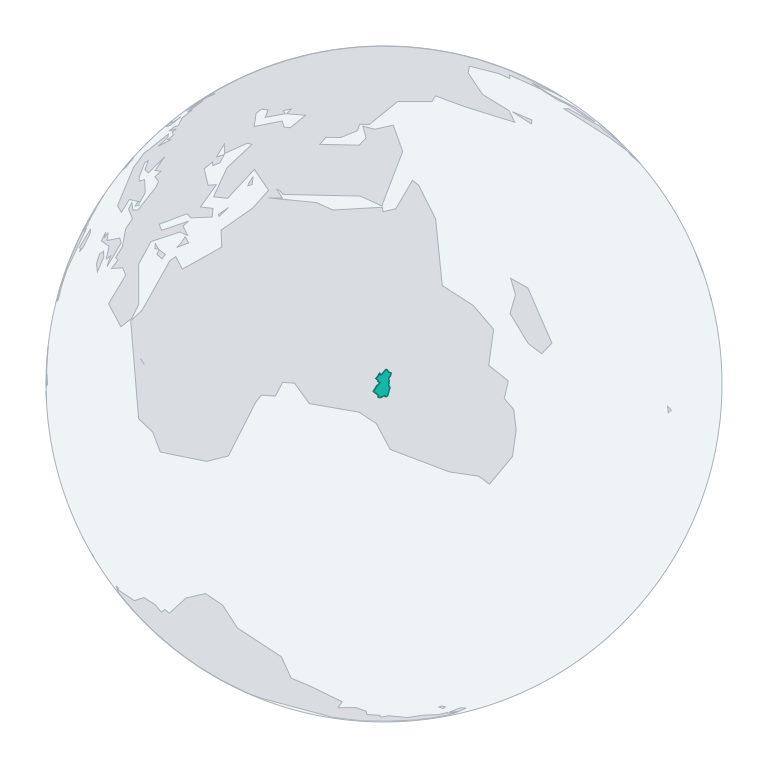 globe centered on Lunda Norte, rotated 311°
{"feature_id": "AGO-1874", "entity_name": "Lunda Norte", "entity_type": "Province", "adm_level": 1, "iso_a3": "AGO", "parent_name": "Angola", "parent_adm1": "", "projection": "orthographic", "projection_center": [19.689, -8.666], "detail": "fine", "context": "on_globe", "style": "filled", "palette": "teal", "viewbox_px": 768, "rotation_deg": 311, "n_neighbors": 0, "source": "natural_earth", "source_scale": "10m", "svg_char_len": 8523}
<svg xmlns="http://www.w3.org/2000/svg" viewBox="0 0 768 768"><g transform="rotate(311 384 384)"><circle cx="384" cy="384" r="338" fill="#eef3f6" stroke="#a8b0b8"/><path d="M192.2,105.8L188.4,108.6L183.4,112.3L172.3,120.6L192.2,105.8ZM153.7,136.7L156.9,133.7L152.9,137.6L149.0,141.2L153.7,136.7ZM52.4,319.1L52.0,321.0L55.6,314.6L54.3,319.4L56.7,337.7L65.3,343.0L67.3,356.2L65.7,365.6L70.0,366.6L70.2,372.4L92.7,375.1L108.7,386.7L111.2,407.3L103.7,433.5L110.8,485.6L101.1,506.8L108.0,528.0L116.7,560.8L109.6,561.7L121.3,575.1L125.3,585.3L123.3,587.9L131.3,598.2L130.3,600.0L136.9,605.5L147.7,620.6L159.1,630.2L170.2,642.0L177.7,647.3L177.3,647.8L180.2,650.7L184.6,654.1L177.9,650.7L161.8,638.0L153.8,630.4L153.0,630.2L134.6,610.8L138.4,615.4L115.1,588.1L98.8,563.9L66.0,496.8L61.5,484.7L60.4,481.2L53.6,454.8L48.9,427.8L46.5,400.6L46.2,373.3L48.2,346.1L52.4,319.1ZM193.3,658.6L180.5,652.6L185.7,654.9L179.0,648.6L189.6,653.9L193.3,658.6ZM177.9,641.7L176.3,637.5L178.9,638.7L180.6,642.1L177.9,641.7ZM700.6,266.0L701.3,267.9L704.9,278.2L715.8,320.0L717.1,330.1L715.8,322.4L708.1,298.3L712.0,321.2L718.0,345.9L720.3,371.6L718.0,360.6L715.1,337.9L712.3,328.8L709.2,308.3L699.6,276.2L697.0,278.6L693.5,266.8L679.9,240.0L674.0,243.3L667.2,268.5L672.4,299.0L667.3,310.9L646.3,263.1L635.2,233.8L628.6,234.9L606.1,209.0L570.2,202.6L564.1,195.3L557.6,197.7L541.6,189.6L532.0,178.3L522.7,178.3L548.0,208.6L557.9,209.1L564.8,198.9L570.1,209.8L585.4,221.2L571.8,245.5L517.0,265.5L510.2,242.7L460.9,183.5L461.6,177.4L461.3,176.7L460.6,175.5L457.6,185.3L448.6,174.6L476.5,213.8L481.9,231.4L516.3,266.8L513.4,270.2L524.1,278.0L556.3,271.9L556.8,279.6L542.5,314.6L496.5,363.4L501.8,399.6L497.2,430.8L466.8,450.8L467.8,475.8L451.9,484.3L449.8,498.7L436.0,513.9L413.7,528.5L377.6,529.3L376.6,516.0L360.5,490.9L338.7,431.6L349.1,404.2L346.4,383.7L320.2,340.5L326.0,316.0L318.7,306.4L303.7,309.9L295.0,298.7L285.8,299.2L227.6,313.7L209.2,300.9L185.9,259.9L196.0,240.9L196.8,221.6L265.4,151.5L281.2,153.0L336.5,141.5L343.6,143.2L338.4,156.5L380.9,171.7L393.2,160.1L430.5,169.5L454.5,169.8L460.9,145.4L421.5,144.1L413.5,132.6L444.0,123.7L478.2,127.1L476.2,122.9L453.5,112.5L460.3,106.1L445.5,108.6L452.3,112.9L443.2,115.1L436.5,111.5L439.2,109.0L428.6,107.0L418.6,120.8L424.4,126.7L397.2,129.3L404.3,139.7L397.3,144.8L382.7,129.3L383.3,123.7L357.1,109.5L354.0,115.3L378.6,129.6L371.4,128.6L367.3,138.3L364.7,130.2L338.7,114.7L313.5,120.2L283.2,146.6L268.1,150.6L254.6,147.8L263.9,123.5L296.6,117.7L300.3,110.6L292.3,102.5L302.9,101.9L303.6,98.4L315.8,96.6L331.5,87.3L343.7,85.7L348.5,76.4L355.4,74.7L350.6,80.4L353.8,84.1L383.9,82.7L389.3,80.7L390.0,75.1L398.2,76.1L395.0,71.1L411.7,69.5L388.7,67.7L388.9,62.9L398.1,59.6L394.1,58.2L379.0,63.7L376.7,66.5L381.3,69.1L371.5,78.4L361.4,80.4L356.2,70.7L341.3,73.2L343.7,66.0L383.0,52.9L400.1,51.5L431.2,57.3L428.1,59.2L415.3,57.7L428.3,62.7L426.7,60.5L433.5,61.8L435.4,58.9L440.3,59.8L433.8,56.0L440.0,56.8L444.1,59.2L452.2,57.2L464.8,59.3L464.3,58.5L460.2,57.1L478.9,61.6L477.7,60.9L471.1,59.1L464.3,56.8L459.8,55.0L466.5,56.6L469.1,57.4L484.6,62.4L490.3,65.4L492.6,66.0L489.2,63.8L470.3,57.6L465.7,56.2L475.2,58.8L471.4,57.7L471.2,57.6L477.3,59.2L474.6,58.5L498.0,65.9L520.7,75.0L542.7,85.7L563.9,98.0L584.2,111.7L603.4,127.0L621.4,143.5L638.2,161.4L653.7,180.4L667.7,200.4L680.3,221.5L691.3,243.3L700.6,266.0ZM243.4,183.6L241.9,189.2L241.8,189.3L243.4,183.6ZM515.9,145.1L535.4,148.5L524.0,133.2L530.6,133.6L524.3,128.6L523.1,132.1L507.3,119.4L514.8,116.8L511.1,111.2L504.3,109.9L493.2,117.1L515.7,134.7L512.3,140.0L515.9,145.1ZM55.8,314.1L55.8,317.2L54.8,318.2L55.8,314.1ZM64.1,275.2L64.1,275.5L63.0,278.4L64.1,275.2ZM169.4,124.1L162.5,130.7L165.7,127.2L160.8,131.2L161.5,129.7L180.9,114.2L172.0,121.1L169.4,124.1ZM295.5,84.0L300.1,85.2L296.1,89.2L280.6,94.1L286.3,88.0L295.5,84.0ZM307.5,86.2L306.6,76.8L316.1,74.3L310.9,77.1L317.4,76.4L310.7,80.9L320.8,88.8L317.9,93.1L290.9,98.0L301.3,93.6L296.2,92.4L307.5,86.2ZM287.3,66.2L287.0,64.6L308.1,60.9L306.0,63.0L290.4,67.2L283.9,67.4L287.3,66.2ZM342.7,48.6L342.2,48.7L337.0,49.5L332.3,50.2L332.3,50.3L327.9,51.1L326.4,51.7L317.5,53.4L314.8,54.4L312.1,54.7L309.9,56.1L307.6,55.9L301.7,57.7L307.1,57.0L263.1,69.4L246.4,76.4L233.8,82.9L231.5,82.9L241.8,77.5L244.3,76.3L268.0,66.6L292.4,58.7L317.4,52.7L342.7,48.6ZM351.1,138.0L356.4,138.3L364.7,137.4L362.3,144.0L351.1,138.0ZM333.0,127.4L337.8,126.2L338.4,134.1L332.8,134.3L333.0,127.4ZM339.8,119.5L338.0,125.6L335.7,122.4L339.8,119.5ZM355.0,79.5L360.0,78.5L360.7,79.8L358.2,81.9L355.0,79.5ZM380.5,47.1L376.4,46.9L377.7,46.8L374.2,46.3L381.3,46.2L386.1,46.4L380.5,47.1ZM454.5,149.2L448.0,153.6L444.2,151.2L447.2,150.1L454.5,149.2ZM403.2,147.8L415.2,150.9L402.4,149.6L403.2,147.8ZM387.6,46.9L385.3,46.6L390.2,46.7L387.6,46.9ZM386.2,46.1L391.8,46.2L381.7,46.1L386.2,46.1ZM553.2,612.7L552.8,617.9L548.8,617.5L553.2,612.7ZM550.9,429.5L525.0,483.9L510.3,483.1L509.2,466.2L519.9,432.9L537.6,424.7L546.8,410.3L550.9,429.5ZM718.6,431.6L718.7,427.9L718.6,420.0L719.5,415.1L719.7,422.4L718.6,431.6ZM719.4,414.6L718.0,393.0L709.8,339.5L712.9,342.7L720.2,378.2L719.9,382.6L720.8,398.7L719.4,414.6ZM721.6,399.2L721.9,380.9L721.8,374.8L721.6,399.2ZM673.7,302.3L680.3,322.5L677.0,324.5L673.7,302.3ZM444.2,51.5L441.3,51.7L443.8,53.1L452.5,55.4L438.9,52.9L435.1,50.6L444.2,51.5ZM411.7,47.2L411.4,47.2L409.2,47.0L411.7,47.2ZM661.3,577.1L662.3,575.7L665.3,571.2L661.3,577.1ZM677.5,551.5L686.8,534.0L686.2,535.2L677.5,551.5Z" fill="#d9dde1" stroke="#a8b0b8" stroke-width="1"/><path d="M389.4,373.7L389.3,374.0L389.1,374.5L388.9,375.0L388.9,375.3L388.9,375.6L388.9,375.9L389.1,375.9L389.6,375.9L390.0,375.9L390.4,375.9L390.8,375.9L391.3,375.9L391.7,375.9L392.1,375.9L392.5,375.9L393.0,375.9L393.4,375.9L393.8,375.9L394.2,375.9L394.7,375.9L395.1,375.9L395.5,375.9L395.9,375.9L396.1,375.9L396.3,375.9L396.4,376.0L396.5,376.3L396.5,376.5L396.7,376.8L396.7,377.0L396.6,377.3L396.7,377.7L396.6,377.8L396.5,378.0L396.4,378.3L396.3,378.5L396.2,378.9L396.2,379.0L396.2,379.4L396.1,379.5L396.1,380.1L396.3,380.3L396.4,380.6L396.5,380.8L396.6,381.0L396.7,381.4L396.7,381.7L396.8,381.8L397.0,381.9L397.0,382.0L396.6,382.3L396.4,382.5L395.8,382.7L395.5,382.8L395.3,382.9L395.1,383.0L394.9,383.3L394.1,383.5L393.7,383.5L393.4,383.4L393.2,383.4L392.8,383.5L392.7,383.5L392.2,383.6L391.8,383.7L391.7,383.7L391.5,383.8L391.3,384.0L391.1,384.2L390.7,384.5L390.4,384.8L390.2,385.1L390.2,385.3L390.1,385.6L389.9,385.9L389.6,386.0L389.2,386.2L388.3,386.6L388.2,386.6L388.1,386.9L388.0,387.1L388.0,387.3L387.8,387.4L387.7,387.5L387.3,387.5L387.2,387.6L386.9,387.7L386.0,388.5L385.9,388.6L385.7,388.9L385.6,390.1L385.5,390.4L385.3,390.7L385.0,390.9L384.6,391.2L383.8,391.4L383.6,391.6L383.3,391.7L382.7,391.8L382.3,392.1L382.0,392.3L381.6,392.5L381.4,392.5L381.0,392.9L380.8,393.0L380.7,393.1L380.3,393.2L379.7,393.3L379.4,393.4L379.2,393.5L379.0,393.8L378.8,393.9L378.3,394.2L377.9,394.3L376.8,394.2L376.8,394.3L376.7,394.3L376.4,394.2L375.8,393.8L375.5,393.6L375.4,393.4L375.2,393.1L375.3,392.7L375.5,392.5L375.6,392.3L375.7,392.2L375.6,391.9L373.1,391.0L372.5,390.8L372.4,390.7L372.1,390.7L372.0,390.4L371.8,390.1L371.7,390.1L371.4,390.0L371.3,389.9L371.2,389.9L371.1,389.7L370.8,389.5L370.8,389.4L370.8,389.2L370.7,389.1L370.6,388.8L370.5,388.7L370.3,388.2L370.3,387.9L370.5,387.7L371.4,387.4L371.5,387.4L371.6,387.2L371.8,386.7L371.7,385.9L371.6,385.7L371.7,385.4L371.8,385.0L371.8,384.0L371.7,383.6L371.5,383.3L371.5,383.1L371.4,382.9L371.4,382.7L371.5,382.4L371.7,382.2L371.5,381.8L371.5,381.1L371.4,381.0L371.4,380.9L371.4,380.7L371.5,380.6L371.8,380.7L372.0,380.7L372.5,380.5L372.8,380.6L373.3,380.4L373.6,380.4L373.7,380.5L374.0,380.7L374.7,380.7L374.7,380.4L374.8,380.2L375.2,380.1L375.3,380.1L375.7,380.1L376.0,380.1L376.3,380.2L376.5,380.1L377.0,380.1L377.1,379.8L377.1,379.7L377.6,379.7L378.0,379.7L378.4,379.7L378.5,379.7L378.5,379.9L378.7,380.1L378.9,380.1L379.7,380.1L380.4,380.1L381.1,380.1L381.9,380.1L382.1,380.1L381.9,379.6L381.9,379.3L382.0,379.0L382.1,378.8L382.2,378.5L382.2,378.3L382.2,378.2L382.1,377.9L382.0,377.7L382.5,377.6L382.7,377.2L382.8,377.1L383.0,377.0L383.0,376.8L382.8,376.4L382.8,376.2L382.8,375.1L382.9,374.9L383.1,374.6L383.1,374.4L383.0,374.2L383.3,374.2L383.6,374.2L383.8,374.2L384.1,374.2L384.3,374.2L384.6,374.2L384.8,374.2L385.0,374.2L385.3,374.2L385.5,374.2L385.8,374.2L386.0,374.2L386.3,374.2L386.5,374.2L386.8,374.2L387.0,374.2L387.3,374.2L387.5,374.2L387.6,373.9L387.6,373.7L387.8,373.7L388.1,373.7L388.6,373.7L389.1,373.7L389.4,373.7Z" fill="#14b8a6" stroke="#0f766e" stroke-width="1.5"/></g></svg>